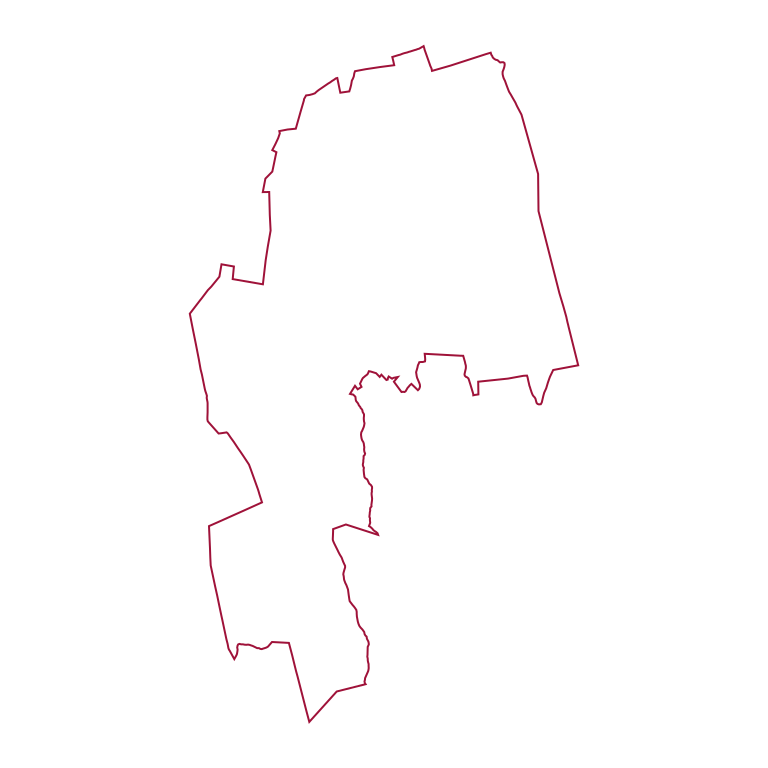 Ol Jorok, Central, Kenya
{"feature_id": "3690345B69894021790140", "entity_name": "Ol Jorok", "entity_type": "district", "adm_level": 2, "iso_a3": "KEN", "parent_name": "Kenya", "parent_adm1": "Central", "projection": "orthographic", "projection_center": [36.31, -0.178], "detail": "fine", "context": "isolated", "style": "outline", "palette": "rose", "viewbox_px": 768, "rotation_deg": 0, "n_neighbors": 0, "source": "geoboundaries", "source_scale": "gbopen_adm2", "svg_char_len": 6045}
<svg xmlns="http://www.w3.org/2000/svg" viewBox="0 0 768 768"><path d="M222.4,620.3L226.1,637.8L226.4,639.2L227.6,643.8L228.4,648.1L228.9,649.5L229.7,650.7L234.3,659.1L235.6,656.8L236.5,655.1L237.0,653.8L237.4,651.3L237.6,649.6L237.2,647.5L237.6,645.5L238.2,644.4L239.5,643.9L241.0,644.3L242.8,644.3L244.7,644.7L246.2,644.8L248.1,644.6L249.7,644.9L251.0,645.4L252.6,645.9L257.1,648.1L258.9,648.1L260.3,648.9L261.8,649.1L263.1,648.6L264.8,648.1L266.5,647.5L268.0,646.6L272.0,642.0L288.9,642.9L292.2,655.4L294.8,666.0L296.2,671.6L297.5,676.3L300.5,688.0L306.2,710.2L309.3,721.9L336.7,691.5L365.6,684.2L364.8,683.0L364.5,681.4L364.9,680.0L365.1,678.1L367.7,672.2L368.2,671.0L368.5,669.6L368.7,668.1L368.6,665.9L368.6,664.0L368.2,662.6L367.8,660.8L367.7,658.4L367.3,656.7L367.5,654.9L367.7,646.9L368.3,645.6L368.8,644.4L368.7,643.2L368.4,641.6L366.9,638.7L366.6,636.6L365.4,635.5L364.6,634.1L364.2,632.0L363.2,630.6L362.4,629.5L360.5,627.5L359.3,625.8L358.4,623.6L357.8,621.5L356.9,616.6L356.8,615.1L356.7,613.7L356.7,611.9L356.3,609.9L355.1,608.1L353.9,606.5L352.5,604.9L351.6,603.7L350.6,602.4L349.7,601.2L349.4,599.7L348.7,595.0L348.0,589.5L346.8,586.2L346.2,584.7L345.4,583.2L344.8,581.6L344.3,580.3L344.0,579.1L343.9,577.9L343.7,576.2L343.3,574.3L343.5,572.9L343.9,571.4L344.6,569.0L345.1,567.5L345.1,565.9L344.2,564.0L343.2,561.8L342.4,559.7L341.9,558.2L341.3,557.0L340.6,555.9L339.8,554.6L338.4,551.9L337.7,550.4L336.0,547.0L334.4,543.8L333.8,542.5L333.2,541.1L332.8,539.8L332.8,538.4L332.9,536.5L333.1,531.1L333.1,529.1L345.9,524.5L378.1,534.9L377.5,533.2L376.0,531.9L374.4,530.9L373.4,530.1L372.3,528.7L370.6,527.1L369.0,526.1L369.5,524.8L370.2,522.8L369.9,520.1L370.0,518.2L369.4,516.9L369.5,515.5L369.7,514.0L369.8,512.4L370.2,510.6L370.1,509.1L370.4,507.7L371.5,506.5L371.4,504.8L372.0,500.4L372.1,498.6L371.6,494.5L371.6,493.0L371.9,491.7L371.8,489.9L372.1,488.1L372.0,486.7L370.9,485.0L369.2,483.6L367.2,479.4L365.3,478.2L364.4,476.9L364.2,475.3L364.0,474.1L363.6,469.8L363.9,467.8L363.2,466.4L362.8,464.9L363.0,463.5L363.3,462.0L363.3,460.4L363.6,458.3L363.6,456.1L364.7,454.9L365.1,453.5L364.4,451.8L364.2,450.6L364.1,449.2L364.3,447.2L364.0,445.4L363.8,443.6L363.3,442.1L362.6,441.0L362.0,439.9L361.5,438.2L361.2,436.3L361.0,434.6L361.3,432.3L362.1,430.9L363.2,428.3L363.8,426.8L364.2,425.1L364.5,423.2L364.0,421.3L363.8,419.1L363.8,417.8L364.0,416.0L364.0,414.3L362.6,411.8L362.4,410.3L361.7,409.1L360.7,408.1L360.2,406.9L359.4,406.0L358.7,405.0L358.1,403.5L357.3,402.5L356.2,401.2L355.7,399.7L355.6,398.3L355.4,396.8L354.3,395.6L353.0,394.5L351.4,394.3L350.0,393.9L355.0,385.8L357.7,389.3L361.5,386.9L360.0,383.7L362.2,379.1L362.9,378.0L365.5,375.8L366.9,374.8L367.8,373.8L368.9,371.2L370.6,371.5L376.1,373.2L379.7,376.9L381.4,374.7L386.4,380.0L387.7,379.6L387.9,378.1L388.7,376.5L392.1,378.7L393.3,377.9L397.8,377.0L393.9,381.7L401.5,392.0L403.1,391.8L404.5,392.0L405.6,391.3L406.4,389.9L407.7,387.7L408.7,386.7L409.7,385.4L411.4,383.9L417.9,390.2L419.2,388.9L420.0,386.7L419.9,384.8L419.4,383.2L417.1,377.8L416.7,376.2L416.1,372.2L417.1,368.8L417.5,367.3L417.9,365.3L418.7,363.7L419.3,362.2L420.9,362.0L422.8,362.0L425.0,361.4L425.2,359.5L425.1,357.8L424.7,353.8L430.3,354.1L460.2,355.7L463.2,355.8L465.0,362.1L465.3,363.7L465.8,365.4L465.9,366.9L465.8,368.6L465.4,370.2L464.5,374.3L464.8,375.7L466.0,376.9L467.1,377.3L468.4,378.4L469.1,380.4L469.5,381.7L470.3,384.2L473.2,393.8L473.3,395.3L475.2,394.9L477.2,394.6L478.4,394.4L478.2,381.7L508.0,378.6L523.4,375.8L527.0,375.6L527.5,377.1L527.8,378.4L528.1,379.9L528.4,381.3L528.7,382.5L529.4,385.7L530.0,387.3L530.5,389.1L531.0,390.5L531.5,392.1L532.2,393.9L532.8,395.2L533.7,396.4L534.7,397.4L535.5,398.8L536.1,401.2L536.6,402.9L537.5,403.9L538.9,404.4L540.8,404.2L541.8,402.4L543.3,396.0L543.7,394.5L544.2,392.7L546.2,388.3L546.8,386.3L547.9,382.6L548.8,380.0L549.4,378.3L550.0,376.7L553.2,370.0L578.2,365.3L568.5,326.5L568.1,324.7L567.5,322.4L566.7,318.8L566.3,316.9L563.4,306.5L559.4,293.2L538.5,211.1L538.1,174.0L521.5,114.7L518.4,108.8L517.4,106.9L516.6,105.3L515.4,102.6L514.6,101.2L513.9,100.0L512.0,96.7L511.0,94.9L509.1,91.8L508.6,90.6L507.9,88.8L506.5,85.1L505.0,80.9L503.7,78.3L503.1,76.4L502.6,74.2L502.6,71.8L503.6,69.2L504.3,67.0L504.7,64.8L504.5,63.1L503.5,62.3L502.0,62.2L500.2,62.5L498.6,61.2L497.6,60.2L495.6,59.7L494.3,58.9L492.8,57.5L492.2,56.0L491.3,54.7L490.7,52.7L486.0,54.1L450.5,65.6L432.0,70.9L431.5,68.5L430.3,65.9L429.7,64.1L424.6,49.7L424.2,48.0L423.6,46.1L419.1,48.7L417.6,49.1L416.1,49.7L414.6,50.1L412.1,50.9L410.2,51.5L408.7,51.9L407.4,52.4L406.2,52.7L404.5,53.1L402.6,53.7L400.1,54.7L398.8,55.0L396.8,55.6L395.2,56.1L392.3,57.0L393.3,61.1L394.2,65.2L380.3,67.0L365.7,69.2L355.0,71.2L354.3,73.3L353.8,76.4L353.3,77.7L352.6,79.3L351.9,80.5L351.1,85.0L350.6,87.0L350.2,88.5L349.3,91.4L340.3,92.7L337.3,78.0L336.0,78.3L333.5,80.1L332.4,80.7L331.2,81.6L329.8,82.6L328.4,83.4L318.6,90.1L316.6,91.7L314.9,93.3L312.4,94.2L311.2,94.5L309.8,94.9L307.9,95.2L306.1,95.4L304.0,99.2L303.9,100.4L300.5,112.0L299.3,116.3L297.7,121.9L295.8,128.7L287.6,129.5L279.3,131.1L279.8,133.4L278.6,136.9L278.2,138.1L275.2,144.5L272.3,150.1L276.4,152.2L275.6,155.8L273.1,167.9L272.3,171.6L267.9,176.1L265.4,178.6L262.8,192.1L269.2,192.0L269.8,214.9L270.6,230.6L267.8,246.6L265.7,260.1L262.9,284.3L257.7,283.4L232.7,279.1L233.9,266.5L221.5,264.3L219.4,276.7L211.3,286.6L207.9,290.1L201.4,298.7L200.4,299.9L189.8,313.7L192.7,328.5L195.8,343.8L198.8,359.2L200.6,369.4L201.9,374.5L204.8,388.9L205.1,390.1L205.4,391.2L206.3,393.8L206.9,395.8L206.7,397.9L207.2,400.6L207.5,402.0L207.6,403.2L207.6,412.4L207.4,417.1L207.4,419.6L207.8,421.3L208.9,422.6L218.6,433.5L220.7,433.3L226.6,432.4L227.8,433.4L230.6,437.5L233.8,441.9L237.7,447.8L238.6,449.1L240.9,452.4L243.0,455.5L247.9,462.9L249.0,464.6L250.9,469.7L258.0,489.5L258.9,492.4L259.3,493.9L262.0,502.4L258.2,504.1L244.7,510.2L231.7,516.0L218.3,522.0L209.0,526.1L210.0,548.6L210.3,557.5L210.7,565.5L213.0,576.3L215.1,586.2L217.2,595.6L219.2,605.3L221.3,615.3L222.4,620.3Z" fill="none" stroke="#9f1239" stroke-width="2"/></svg>